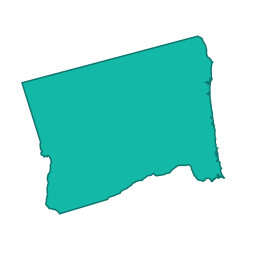 SVG path tracing the border of Oregon, rotated 166°
{"feature_id": "USA-3525", "entity_name": "Oregon", "entity_type": "State", "adm_level": 1, "iso_a3": "USA", "parent_name": "United States of America", "parent_adm1": "", "projection": "orthographic", "projection_center": [-121.855, 44.128], "detail": "fine", "context": "isolated", "style": "filled", "palette": "teal", "viewbox_px": 256, "rotation_deg": 166, "n_neighbors": 0, "source": "natural_earth", "source_scale": "10m", "svg_char_len": 5461}
<svg xmlns="http://www.w3.org/2000/svg" viewBox="0 0 256 256"><g transform="rotate(166 128 128)"><path d="M31.9,168.4L33.2,165.0L33.8,162.0L34.0,161.8L33.9,161.2L34.9,157.1L34.7,155.8L34.5,155.5L35.2,154.5L35.6,154.4L36.0,154.1L36.4,154.2L36.4,154.6L36.4,155.5L36.6,155.9L36.9,154.9L36.8,154.6L36.9,154.0L37.1,153.7L37.4,153.5L37.7,152.7L38.3,151.9L38.8,151.7L39.1,151.7L39.2,152.0L39.1,153.0L39.3,153.4L40.1,153.6L40.8,153.6L41.1,153.5L40.3,153.3L39.9,152.9L39.8,151.9L39.4,151.5L39.5,151.1L39.7,150.8L39.4,150.8L38.8,150.9L38.6,151.3L37.7,151.8L37.5,152.4L36.5,153.8L36.2,153.7L37.2,151.9L38.8,147.5L39.2,146.2L39.6,143.8L39.8,143.6L40.5,143.3L41.0,142.4L41.2,142.0L41.3,141.7L41.4,141.3L41.6,141.2L41.7,141.4L42.0,142.0L43.0,142.3L43.1,142.1L42.7,142.0L42.3,141.8L41.7,140.7L41.2,140.8L40.9,141.1L40.9,141.8L40.6,142.5L40.1,142.9L39.8,143.0L40.5,140.3L41.3,136.2L41.6,132.8L41.7,132.5L42.0,132.3L42.2,132.0L41.8,131.1L41.9,130.7L42.5,125.7L42.5,123.7L42.7,122.5L42.6,121.7L42.9,121.1L43.4,118.2L43.9,117.6L44.2,117.5L44.6,118.1L45.0,118.3L44.8,117.3L44.3,117.0L43.4,117.7L43.5,116.5L43.5,115.3L44.1,111.5L44.5,111.1L44.9,111.2L45.3,111.9L45.4,111.5L45.5,111.3L45.5,111.0L45.2,110.9L45.0,111.1L44.5,110.7L44.0,111.2L43.9,111.1L44.2,110.1L44.3,109.7L44.2,109.4L43.8,109.3L43.9,109.1L44.1,108.8L44.3,107.5L44.3,106.8L44.2,106.2L44.0,105.8L44.2,104.8L44.2,104.2L44.5,103.7L44.7,103.0L45.0,102.4L45.1,101.5L45.5,101.1L45.5,100.7L45.3,100.4L45.6,99.3L45.9,96.8L45.6,96.4L45.7,96.0L45.9,95.4L46.4,94.7L46.8,93.0L46.9,91.3L46.7,90.9L47.0,89.5L47.2,88.1L46.9,87.0L46.6,86.8L46.2,86.7L46.7,86.4L47.0,85.9L47.1,84.9L47.4,84.1L47.5,84.2L47.3,85.4L47.7,85.0L48.0,84.5L48.3,84.1L47.4,83.5L47.1,82.9L47.1,81.4L47.4,80.7L47.6,79.6L47.7,79.3L47.7,80.4L47.9,81.3L48.3,81.4L48.5,81.8L49.0,82.1L48.9,81.9L49.2,81.3L49.1,80.6L48.9,80.4L48.8,80.0L49.0,79.2L48.3,79.4L47.5,78.7L47.9,77.1L47.9,76.2L48.5,75.7L48.5,75.0L48.5,74.8L49.3,75.1L49.5,74.9L49.7,74.6L49.3,74.7L49.0,74.6L48.8,74.2L48.6,74.3L48.5,74.6L48.3,74.7L48.2,75.5L48.0,75.8L48.1,74.5L48.0,73.5L47.9,73.2L47.5,72.9L47.4,72.6L47.4,72.4L47.1,72.4L47.1,72.1L47.4,71.7L47.5,71.2L47.7,70.5L47.8,68.5L47.7,67.7L47.5,67.0L47.0,66.3L47.3,66.0L47.5,65.8L47.7,65.4L48.4,64.9L48.7,63.8L48.4,61.5L48.2,60.2L47.3,57.4L46.6,56.3L46.7,56.2L47.0,56.1L47.4,56.5L47.2,56.7L47.4,57.1L47.8,57.1L48.2,57.3L48.9,57.8L49.0,58.1L49.3,58.1L49.4,58.5L50.2,58.8L50.9,58.8L51.1,59.0L51.3,59.3L51.4,60.0L51.4,60.4L51.7,60.8L51.7,59.4L52.2,59.7L51.6,58.6L51.4,58.5L50.7,58.4L50.3,58.1L50.2,57.9L50.4,57.9L51.3,57.9L51.8,57.7L52.6,57.4L53.5,58.6L54.0,58.6L56.1,58.1L56.5,57.9L56.0,57.7L56.3,57.3L56.9,57.4L57.9,56.8L58.0,56.5L58.4,56.5L59.2,56.7L59.5,57.1L60.3,57.8L60.5,58.5L61.5,59.6L62.9,59.8L63.5,59.8L64.0,60.0L64.5,60.1L65.1,59.9L65.8,59.0L66.4,58.5L68.0,58.3L68.4,58.4L68.8,58.8L69.9,59.6L70.6,59.7L71.4,60.1L72.1,60.5L72.7,61.0L73.1,61.6L73.5,62.3L73.8,63.0L74.1,64.3L75.1,65.5L75.2,66.0L75.4,67.6L75.8,68.8L75.7,70.1L75.7,70.9L76.2,71.8L76.3,72.2L76.1,73.6L76.2,74.9L76.4,75.7L76.6,76.2L77.0,76.7L77.5,77.2L78.1,77.5L80.0,77.9L81.0,77.7L81.3,77.7L82.1,78.1L83.3,78.4L84.0,78.8L86.0,78.9L87.9,79.6L88.4,79.5L88.8,79.2L90.6,78.7L94.8,77.0L95.8,76.4L97.4,75.1L98.4,74.5L99.1,74.4L100.9,74.7L104.4,74.1L111.5,74.7L112.6,75.1L113.1,75.5L113.9,77.3L114.3,77.7L114.8,77.6L117.0,76.6L117.9,76.7L118.7,76.6L119.3,76.8L120.3,76.9L121.8,76.5L123.0,75.6L124.7,75.2L125.8,74.8L125.9,74.5L126.1,74.3L126.7,73.9L126.9,73.8L130.5,74.5L130.8,74.4L131.6,74.1L132.8,74.3L133.1,74.2L134.8,73.4L135.9,73.5L136.2,73.4L136.9,73.1L137.5,72.7L138.2,71.9L138.6,71.6L139.7,71.4L143.2,69.9L149.6,68.5L150.6,67.7L151.2,66.8L151.6,66.6L152.2,66.5L153.9,66.5L157.1,65.8L163.0,65.5L164.1,64.9L165.1,63.7L215.2,61.3L215.5,62.4L216.3,64.3L217.8,65.7L218.3,66.6L220.1,66.9L220.8,67.7L222.3,68.4L223.3,68.6L224.0,69.2L224.3,69.9L224.8,71.2L225.8,72.8L226.0,73.5L226.1,74.2L225.9,74.9L225.6,75.4L224.9,76.5L224.5,77.7L224.4,78.8L223.3,80.3L223.1,81.5L222.3,82.5L222.0,83.1L222.0,83.9L222.0,85.3L221.5,86.5L221.2,88.6L220.8,89.9L218.4,94.4L218.3,94.7L218.4,95.1L218.7,95.6L218.7,96.3L218.6,97.9L218.4,98.6L217.9,99.8L216.8,102.1L216.0,102.9L214.6,104.0L214.2,104.6L214.0,105.1L213.4,106.8L212.9,108.1L212.7,108.8L212.5,110.1L212.3,110.8L212.0,111.4L211.7,111.8L211.2,112.1L211.0,112.3L211.0,112.7L210.5,113.3L210.8,114.2L210.4,115.6L210.4,116.3L210.5,116.7L210.9,117.4L211.0,117.8L210.9,119.0L211.1,119.6L211.5,120.0L212.5,120.7L213.1,119.8L213.4,119.7L213.7,119.7L214.3,120.6L214.8,120.7L216.2,120.2L216.5,120.3L216.6,120.6L216.7,121.4L216.9,121.8L217.0,122.0L218.0,122.5L218.5,123.0L218.7,123.3L218.4,123.9L218.4,124.7L218.3,125.1L218.1,125.5L217.9,125.6L217.2,125.7L217.0,126.0L217.0,126.6L217.7,127.7L217.9,128.4L217.9,128.8L217.7,129.7L217.6,131.1L217.4,132.2L217.3,133.0L217.1,133.8L216.8,134.3L216.3,134.8L216.0,135.3L216.2,136.1L216.3,136.8L219.9,197.5L37.9,200.2L37.4,199.6L36.4,198.6L36.0,198.6L34.9,197.0L34.6,196.8L34.4,196.3L34.5,195.6L34.2,195.0L34.3,194.1L34.0,193.4L34.0,192.6L33.6,191.9L33.2,191.6L33.3,190.0L32.7,188.8L32.8,188.1L32.9,187.7L32.9,186.6L33.0,185.8L32.7,185.1L33.1,184.6L33.2,183.3L33.6,182.4L33.9,180.8L33.9,180.1L33.7,179.8L33.9,179.1L33.5,177.5L33.3,177.2L32.6,176.7L32.3,176.1L32.1,175.2L31.7,174.9L31.3,174.9L31.1,174.5L30.8,172.6L30.6,172.2L30.3,171.9L29.9,171.6L30.4,171.2L31.9,168.4ZM59.3,55.8L59.6,55.8L60.2,56.5L60.3,57.0L60.2,57.3L59.6,56.8L59.4,56.5L59.3,56.0L59.3,55.8Z" fill="#14b8a6" stroke="#0f766e" stroke-width="1.5"/></g></svg>